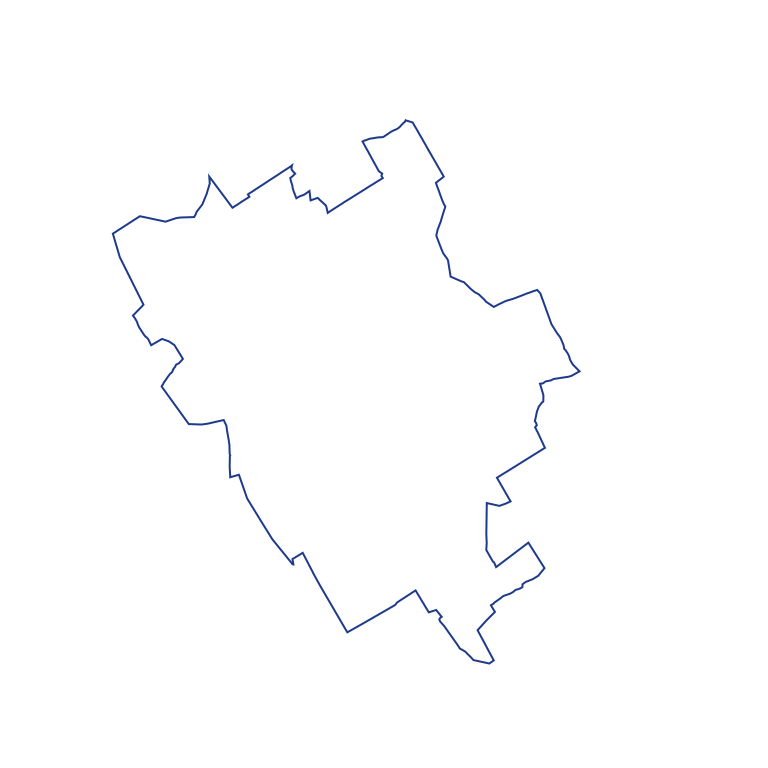 outline of Tunkás, Yucatán, Mexico, rotated 142°
{"feature_id": "50627088B40114968381237", "entity_name": "Tunkás", "entity_type": "district", "adm_level": 2, "iso_a3": "MEX", "parent_name": "Mexico", "parent_adm1": "Yucatán", "projection": "mercator", "projection_center": [-88.776, 20.896], "detail": "fine", "context": "isolated", "style": "outline", "palette": "blue", "viewbox_px": 768, "rotation_deg": 142, "n_neighbors": 0, "source": "geoboundaries", "source_scale": "gbopen_adm2", "svg_char_len": 5624}
<svg xmlns="http://www.w3.org/2000/svg" viewBox="0 0 768 768"><g transform="rotate(142 384 384)"><path d="M565.6,349.0L567.6,330.2L567.1,304.4L567.0,298.2L566.5,297.6L563.9,302.4L552.0,301.0L556.1,279.0L556.2,278.9L558.5,264.5L565.8,210.9L546.6,208.0L529.7,205.6L511.2,203.0L508.1,203.8L486.2,201.9L489.3,176.5L482.0,173.8L481.9,165.0L483.4,165.2L485.3,164.5L486.0,162.5L485.6,156.3L486.7,132.9L487.1,128.7L486.0,126.4L484.9,123.5L484.6,122.6L484.4,119.6L483.8,115.5L483.5,111.4L473.1,98.9L467.7,98.6L461.8,132.4L449.1,134.6L436.9,136.1L436.0,143.8L432.7,143.5L431.6,143.8L423.4,143.4L420.9,143.5L419.3,143.1L413.7,141.1L410.0,140.6L407.3,140.8L402.9,139.1L400.0,138.7L398.2,140.9L394.3,140.8L391.6,140.0L387.1,138.7L380.6,137.9L370.9,140.1L367.9,170.1L408.4,170.7L407.1,175.5L407.5,176.9L406.9,181.4L405.6,190.2L401.1,195.3L395.8,202.7L376.3,226.9L368.1,216.9L361.4,214.7L356.5,213.6L356.2,216.1L352.7,240.6L296.5,234.6L292.5,251.9L292.2,253.7L291.8,255.5L291.6,256.9L289.0,257.4L288.1,259.8L288.0,261.9L285.8,263.6L280.6,268.0L277.7,269.8L275.7,271.0L273.4,271.5L271.1,272.2L269.3,272.1L265.3,277.0L261.5,286.6L260.9,288.2L260.3,287.9L258.6,286.7L254.9,286.5L250.6,284.2L247.2,283.5L244.6,282.0L240.8,279.9L233.9,276.0L231.3,275.0L222.1,273.6L223.1,282.0L223.2,283.6L222.5,288.4L221.2,291.7L220.7,293.4L220.4,295.2L220.3,296.9L220.1,298.9L220.4,300.7L219.4,302.5L218.6,304.1L217.1,309.4L216.4,312.7L216.3,317.9L215.5,325.5L215.2,328.1L205.0,359.2L205.4,363.8L209.7,365.4L211.6,365.9L215.2,367.2L222.3,369.3L229.4,371.5L236.8,374.4L244.8,376.2L250.0,377.1L253.0,386.2L252.9,388.0L254.1,396.3L255.8,400.1L255.9,400.3L257.1,405.4L258.3,415.0L259.6,416.9L262.4,422.0L265.4,427.6L257.5,441.9L257.1,443.9L256.9,450.3L255.7,455.0L251.5,468.6L250.6,469.5L247.3,472.1L246.5,472.8L245.5,473.3L245.0,473.6L242.1,475.4L241.6,475.7L240.2,476.5L239.2,477.1L238.3,477.8L235.2,480.0L234.1,480.8L232.2,482.1L231.3,482.8L230.4,483.3L228.1,484.9L226.4,486.1L226.3,486.7L226.1,488.9L225.4,491.2L225.1,492.6L224.4,494.8L224.1,495.7L223.3,498.2L223.1,498.9L222.8,499.6L221.8,502.7L221.3,504.2L221.1,505.0L220.4,507.1L220.2,507.9L219.8,508.9L219.2,510.6L217.4,510.6L214.7,510.6L209.3,510.6L209.0,512.2L208.3,517.0L208.2,517.7L207.6,522.3L207.2,524.7L206.6,529.1L206.1,532.5L206.0,533.6L205.7,535.2L205.6,535.8L205.4,537.6L205.3,538.5L205.1,539.8L205.0,540.7L205.0,540.8L204.9,540.8L204.9,541.0L204.8,541.6L204.7,542.4L204.5,544.0L204.0,546.9L203.7,549.0L203.5,550.7L203.0,553.8L202.8,555.3L202.4,558.3L202.2,559.6L201.9,561.6L201.6,563.6L201.2,566.5L201.2,567.0L200.6,571.0L200.4,572.4L202.8,575.9L204.3,577.9L204.6,578.5L205.8,577.9L206.3,577.8L208.2,577.7L208.8,577.6L210.2,577.4L211.1,577.3L212.3,577.0L214.8,576.8L216.0,576.9L217.1,577.0L218.8,577.5L221.2,578.1L223.6,578.5L225.0,578.6L226.3,578.6L228.7,578.8L231.3,579.0L232.1,579.0L233.2,579.4L235.0,580.7L236.5,581.8L236.9,582.0L238.7,583.0L240.1,583.8L241.1,584.2L243.8,585.9L245.5,586.5L248.3,587.3L249.0,587.7L251.6,588.3L252.1,585.5L252.7,581.7L253.1,579.1L253.6,575.6L254.0,573.9L254.0,573.4L254.1,572.7L254.6,570.0L254.8,568.8L255.7,563.3L256.2,560.0L256.8,556.7L256.8,555.7L257.1,555.1L255.9,550.9L257.9,549.6L258.2,547.0L259.8,547.2L260.6,547.3L262.7,547.5L265.9,547.9L267.5,548.0L268.1,548.1L269.3,548.2L272.0,548.5L272.5,548.6L275.5,548.9L277.7,549.1L280.1,549.3L280.6,549.4L283.7,549.7L286.5,550.0L287.9,550.1L288.5,550.2L292.3,550.6L295.3,550.9L299.0,551.3L300.9,551.5L303.3,551.8L305.1,551.9L315.6,552.9L323.0,553.5L320.4,558.9L319.9,560.6L321.4,569.3L321.3,570.0L321.6,570.8L321.7,571.5L328.8,573.9L323.9,582.0L325.8,582.1L328.3,582.2L330.0,582.3L331.1,582.5L333.3,583.3L335.5,583.9L338.1,584.2L338.7,584.3L338.3,585.8L337.9,587.0L337.1,589.6L336.7,591.0L336.6,591.3L335.9,593.2L335.2,595.0L334.0,596.8L333.2,599.0L332.8,600.2L332.2,601.7L331.0,604.1L329.9,604.0L328.5,604.0L326.6,604.2L324.5,604.5L324.7,606.5L324.8,607.2L324.8,609.4L324.6,610.3L324.1,610.9L323.1,611.9L322.8,612.3L322.0,612.9L322.9,612.9L324.5,613.0L327.2,613.2L331.3,613.6L332.5,613.7L335.0,613.9L339.4,614.2L343.2,614.6L344.8,614.7L347.8,615.0L350.6,615.2L354.1,615.5L357.0,615.7L358.0,615.8L361.4,616.1L363.7,616.3L366.3,616.5L370.0,616.8L371.3,616.9L373.7,617.2L374.5,617.2L374.7,615.6L374.8,614.4L375.3,614.4L378.2,614.7L380.3,614.9L383.3,615.2L384.9,615.3L387.5,615.5L388.5,615.6L390.2,615.7L392.2,616.0L393.0,616.0L394.9,616.2L394.6,628.6L394.0,655.0L397.9,649.2L399.4,648.2L401.3,646.8L403.8,645.1L406.5,643.1L416.5,637.4L419.9,636.5L425.8,635.0L427.8,633.7L430.8,632.4L442.3,640.8L446.2,642.9L456.2,646.4L459.2,650.0L470.1,663.0L473.1,666.5L476.2,666.8L505.1,669.4L514.0,646.9L514.1,646.7L516.6,634.3L524.7,594.6L527.7,594.1L539.7,592.5L539.8,588.9L540.2,586.2L540.5,584.7L541.3,582.6L542.1,579.2L542.4,575.3L542.8,571.0L542.8,568.1L542.3,566.7L542.2,564.2L543.0,560.7L543.6,557.9L532.1,556.3L531.1,556.1L527.3,550.1L525.2,543.7L527.0,527.6L527.9,527.4L528.5,527.3L529.0,527.2L530.9,526.9L533.0,526.6L533.9,526.9L536.0,527.2L536.9,526.9L537.8,526.2L538.6,526.0L539.7,525.8L540.4,525.5L541.4,525.3L541.9,524.7L543.2,524.1L544.0,523.9L544.7,523.7L545.5,523.7L546.0,523.8L547.4,523.4L549.0,523.0L551.4,522.3L552.4,521.9L553.9,521.5L555.3,521.0L556.4,520.9L556.8,520.7L557.2,520.3L558.0,520.0L558.6,519.6L559.7,519.5L560.1,519.3L560.8,518.9L560.8,518.2L560.9,516.1L562.5,472.6L556.9,467.9L552.7,464.4L547.4,461.3L532.5,454.3L533.3,450.8L533.9,448.1L535.3,445.8L536.5,443.7L540.7,435.8L543.3,431.2L548.8,423.7L549.2,422.3L549.9,422.0L556.5,413.9L561.7,406.4L561.8,406.3L561.9,406.1L562.6,405.2L554.2,401.8L562.3,378.1L563.2,370.4L565.6,349.0Z" fill="none" stroke="#1e3a8a" stroke-width="2"/></g></svg>